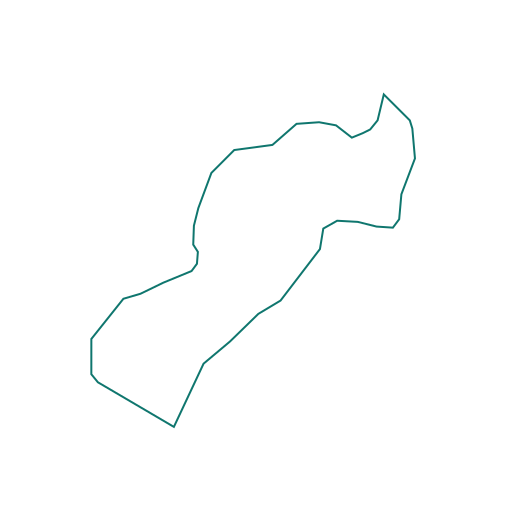 the border of Brezovica, rotated 58°
{"feature_id": "SVN-940", "entity_name": "Brezovica", "entity_type": "Municipality", "adm_level": 1, "iso_a3": "SVN", "parent_name": "Slovenia", "parent_adm1": "", "projection": "albers", "projection_center": [14.418, 45.949], "detail": "fine", "context": "isolated", "style": "outline", "palette": "teal", "viewbox_px": 512, "rotation_deg": 58, "n_neighbors": 0, "source": "natural_earth", "source_scale": "10m", "svg_char_len": 638}
<svg xmlns="http://www.w3.org/2000/svg" viewBox="0 0 512 512"><g transform="rotate(58 256 256)"><path d="M222.5,53.7L230.8,55.9L257.5,69.5L280.7,100.0L300.7,115.1L304.5,124.9L294.9,138.2L281.0,151.6L269.1,168.5L268.4,184.4L284.0,198.1L306.8,258.8L306.3,284.6L314.7,323.3L319.5,357.5L357.4,416.2L279.3,457.0L269.0,458.3L239.1,439.6L222.0,391.1L226.8,374.0L229.5,348.8L234.6,318.6L231.3,310.2L221.7,303.1L213.1,303.2L197.4,292.6L184.8,279.5L161.9,249.8L154.6,218.3L170.5,183.2L165.4,151.6L176.0,131.6L187.6,118.9L206.4,112.0L208.4,100.4L209.2,92.1L205.4,81.0L186.7,62.0L222.5,53.7Z" fill="none" stroke="#0f766e" stroke-width="2"/></g></svg>